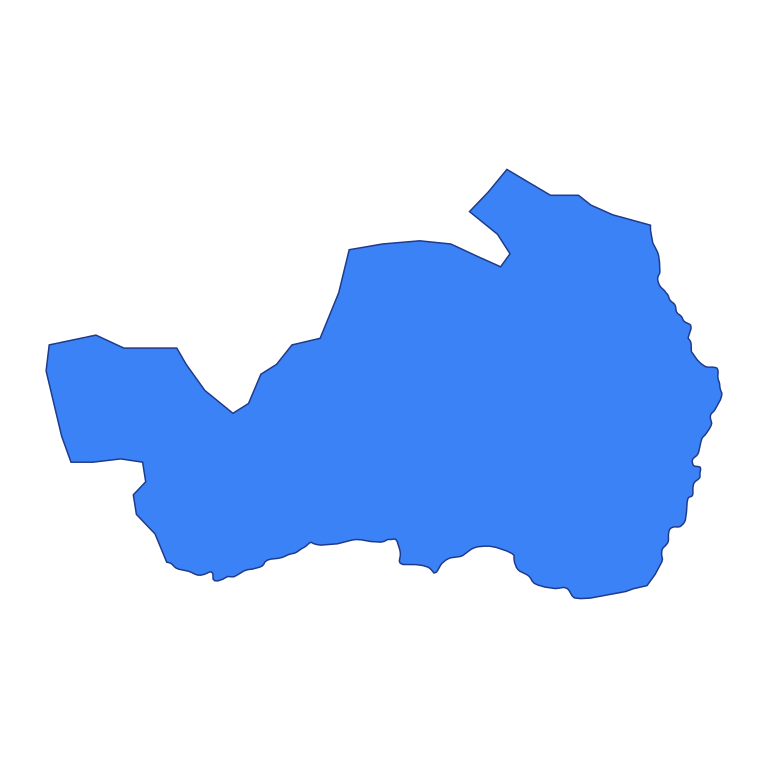 the Autonomous Province of Betsiboka
{"feature_id": "MDG-5869", "entity_name": "Betsiboka", "entity_type": "Autonomous Province", "adm_level": 1, "iso_a3": "MDG", "parent_name": "Madagascar", "parent_adm1": "", "projection": "mercator", "projection_center": [47.384, -17.125], "detail": "fine", "context": "isolated", "style": "filled", "palette": "blue", "viewbox_px": 768, "rotation_deg": 0, "n_neighbors": 0, "source": "natural_earth", "source_scale": "10m", "svg_char_len": 3678}
<svg xmlns="http://www.w3.org/2000/svg" viewBox="0 0 768 768"><path d="M434.0,573.0L430.9,569.3L428.4,567.3L423.2,565.6L416.2,564.6L403.1,564.5L400.3,563.3L399.3,561.1L400.3,555.6L400.3,552.7L399.8,549.9L397.2,541.6L395.6,539.2L393.6,539.1L391.1,539.5L388.0,539.4L384.1,541.4L380.8,542.1L370.5,541.5L361.3,539.8L356.1,539.5L352.3,540.0L337.4,543.8L321.0,545.1L317.1,544.6L313.8,543.7L311.1,542.3L309.2,543.1L305.7,546.4L301.1,549.0L296.9,552.0L294.6,553.1L289.7,554.2L287.2,555.1L285.0,556.3L281.8,557.5L277.7,558.4L270.7,559.1L267.0,560.3L264.7,562.2L263.7,564.4L262.0,566.1L259.5,567.2L252.8,569.0L247.6,569.7L244.2,570.8L236.2,575.6L233.8,576.8L231.2,576.8L228.0,576.5L225.4,577.7L222.9,579.2L217.8,580.9L214.7,580.7L213.1,579.1L212.9,574.0L211.5,571.8L209.6,572.0L204.5,574.3L200.5,575.2L197.3,575.0L194.6,574.0L191.9,572.6L188.4,571.2L178.8,569.2L176.1,568.1L174.5,566.8L171.8,564.0L169.7,562.8L166.7,562.2L155.1,534.0L136.4,514.4L133.3,494.8L145.7,481.8L142.6,462.2L120.8,458.9L92.8,462.2L71.0,462.2L61.6,436.1L46.1,370.9L49.2,344.9L95.9,335.1L123.9,348.1L176.8,348.1L186.2,364.4L204.9,390.5L232.9,413.3L248.5,403.5L260.9,374.2L276.5,364.4L292.0,344.9L320.1,338.3L338.7,292.8L349.2,249.7L382.3,244.0L419.7,240.8L450.8,244.0L478.8,257.0L500.6,266.8L510.0,253.8L497.5,234.3L469.5,211.6L488.2,192.1L506.9,169.4L528.7,182.4L550.5,195.3L578.5,195.3L590.9,205.1L612.7,214.8L650.5,225.2L650.5,230.2L652.6,242.0L653.0,243.4L656.7,250.4L657.8,252.9L658.6,255.7L659.5,262.1L659.9,271.6L659.6,273.4L658.4,275.6L657.8,277.5L657.6,279.4L658.2,282.0L659.4,285.2L660.9,287.3L664.6,290.8L666.1,292.9L667.0,293.8L667.7,294.8L668.4,296.0L669.2,298.7L669.8,299.8L670.5,300.7L671.8,301.9L673.6,303.3L674.4,304.2L675.1,305.3L675.6,306.9L676.3,311.5L677.2,312.9L678.2,314.0L679.3,314.6L680.3,315.4L681.2,316.3L682.0,317.4L683.1,319.9L683.8,321.0L684.7,321.8L685.9,322.5L687.1,323.0L689.5,324.2L690.5,325.0L691.0,326.6L691.0,328.9L688.2,337.3L688.3,338.5L689.4,339.8L690.5,341.5L691.1,343.9L691.3,350.4L691.4,351.6L697.1,359.7L700.6,363.3L704.9,366.3L706.2,366.8L707.7,367.1L709.3,367.2L712.5,367.1L715.6,367.6L716.9,368.1L717.7,369.5L718.1,371.8L717.8,376.1L718.0,378.6L718.5,380.3L719.1,381.9L719.6,383.9L719.9,387.4L720.4,389.4L720.9,391.1L721.5,392.3L721.9,393.7L721.5,396.2L720.4,399.8L715.0,409.6L713.5,411.6L711.6,413.3L710.8,414.5L710.3,416.1L710.5,418.8L711.7,423.3L711.1,425.4L709.8,428.1L706.7,432.8L705.0,435.0L702.6,437.4L701.8,438.9L701.1,441.0L698.7,451.9L697.8,454.1L696.4,455.8L693.2,458.4L692.5,459.7L692.2,461.3L692.7,463.9L693.4,465.3L694.6,466.2L699.2,466.7L700.3,467.4L700.6,468.8L700.5,470.5L699.9,473.1L700.0,476.4L699.7,477.8L698.1,479.4L695.5,481.3L694.4,482.5L693.5,484.2L692.9,487.7L692.9,493.7L692.5,495.2L691.7,496.3L689.0,497.2L687.9,498.5L687.1,502.4L686.5,512.0L685.4,519.9L684.6,521.8L683.4,523.7L680.5,526.4L678.7,526.9L677.0,527.0L675.5,526.8L674.0,526.9L672.8,527.3L671.7,527.7L671.0,528.1L670.2,528.7L669.4,530.0L668.8,531.8L668.4,535.3L668.5,539.4L668.3,541.1L667.6,543.0L665.8,545.3L663.1,547.9L662.3,549.2L661.8,550.9L661.6,553.9L661.8,555.9L662.5,559.0L661.8,561.9L655.2,574.3L647.0,585.6L633.1,588.8L625.8,591.5L590.2,598.1L580.5,598.6L574.4,597.9L572.1,595.8L569.2,590.7L567.4,588.6L564.0,587.4L555.6,588.6L545.1,587.1L538.1,585.1L534.2,583.3L532.0,580.9L530.8,578.5L529.2,576.4L527.1,574.8L519.8,571.2L517.9,569.5L516.4,567.4L514.5,562.3L514.1,559.6L514.0,557.4L514.1,555.3L511.6,553.3L506.8,551.0L496.2,547.4L489.7,546.2L484.0,546.2L477.6,546.8L473.9,547.9L471.1,549.3L462.8,555.5L460.2,556.5L450.7,557.8L448.1,558.8L445.8,560.1L441.9,563.4L440.4,565.5L437.7,570.4L436.2,572.3L434.0,573.0Z" fill="#3b82f6" stroke="#1e3a8a" stroke-width="1.5"/></svg>